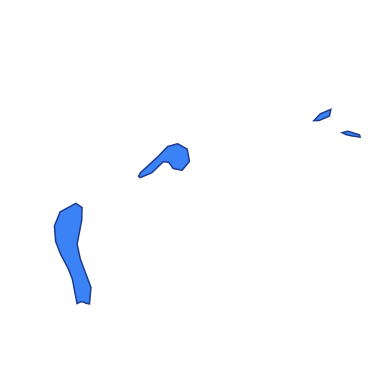 an SVG outline of South Caicos and East Caicos, rotated 226°
{"feature_id": "TCA-5006", "entity_name": "South Caicos and East Caicos", "entity_type": "state/province", "adm_level": 1, "iso_a3": "TCA", "parent_name": "Turks and Caicos Islands", "parent_adm1": "", "projection": "albers", "projection_center": [-71.559, 21.528], "detail": "fine", "context": "isolated", "style": "filled", "palette": "blue", "viewbox_px": 384, "rotation_deg": 226, "n_neighbors": 0, "source": "natural_earth", "source_scale": "10m", "svg_char_len": 698}
<svg xmlns="http://www.w3.org/2000/svg" viewBox="0 0 384 384"><g transform="rotate(226 192 192)"><path d="M234.3,73.1L221.2,65.0L193.5,53.0L182.7,40.5L185.6,38.5L188.2,37.5L190.3,35.8L191.6,31.8L212.4,45.4L223.3,49.9L238.6,54.3L251.2,59.6L263.1,69.4L269.3,83.3L264.5,100.6L257.2,102.1L248.4,93.2L234.3,73.1ZM240.4,164.5L241.7,168.5L241.1,190.8L241.6,206.2L236.7,215.2L226.2,218.3L215.8,211.5L214.5,200.0L221.9,194.8L229.5,195.9L233.7,192.5L233.8,176.4L238.3,164.7L240.4,164.5ZM155.2,333.0L158.7,329.2L159.1,338.7L155.0,349.3L151.2,343.6L155.2,333.0ZM121.7,345.7L126.4,342.6L130.4,341.2L127.5,346.3L116.7,352.2L114.7,351.0L121.7,345.7Z" fill="#3b82f6" stroke="#1e3a8a" stroke-width="1.5"/></g></svg>